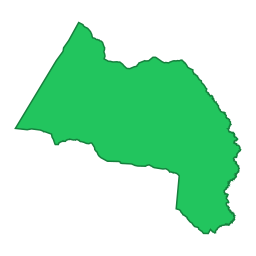 Bia East, Western, Ghana
{"feature_id": "2480657B75704309897075", "entity_name": "Bia East", "entity_type": "district", "adm_level": 2, "iso_a3": "GHA", "parent_name": "Ghana", "parent_adm1": "Western", "projection": "mercator", "projection_center": [-2.892, 6.825], "detail": "fine", "context": "isolated", "style": "filled", "palette": "green", "viewbox_px": 256, "rotation_deg": 0, "n_neighbors": 0, "source": "geoboundaries", "source_scale": "gbopen_adm2", "svg_char_len": 5940}
<svg xmlns="http://www.w3.org/2000/svg" viewBox="0 0 256 256"><path d="M224.8,112.7L223.8,112.2L223.2,112.5L220.8,111.5L220.2,110.6L220.1,109.8L219.6,109.7L219.7,109.3L218.8,108.5L218.8,107.9L218.3,107.1L218.5,105.9L217.4,104.8L217.4,104.2L216.8,104.0L216.6,103.4L216.2,103.2L216.0,102.0L215.4,102.3L214.2,101.5L214.3,101.0L214.0,100.2L213.6,100.0L213.6,99.5L213.2,99.6L212.5,99.1L212.3,98.6L213.3,98.4L212.6,97.4L212.6,96.4L211.9,95.8L211.1,95.9L211.0,95.6L210.4,96.0L210.4,95.8L209.6,95.4L209.3,94.5L208.2,94.1L208.2,93.6L208.6,93.4L208.4,92.9L206.3,91.7L206.1,90.5L206.6,89.8L206.6,88.6L205.6,88.0L205.0,86.6L203.4,84.3L202.1,83.4L201.4,82.0L201.3,80.8L199.2,79.6L198.6,78.3L197.7,77.3L197.5,76.1L196.4,75.7L196.1,75.1L195.2,74.6L194.8,74.0L193.7,73.9L193.5,72.5L192.7,71.6L192.9,69.9L190.2,68.7L187.8,67.4L186.5,65.0L185.0,62.9L184.3,62.9L184.0,62.0L183.1,61.2L182.0,60.6L182.0,60.2L181.0,60.1L179.3,60.8L177.5,60.6L175.9,61.0L175.0,60.8L173.2,60.9L169.7,62.2L168.7,62.9L165.8,62.5L164.3,62.8L162.0,61.7L156.3,57.7L155.5,57.3L152.9,57.3L148.7,60.8L145.7,61.0L144.8,60.7L138.9,63.0L138.1,64.4L137.2,65.2L136.7,66.3L134.2,66.8L129.9,68.6L130.1,68.7L126.7,68.4L123.9,65.8L122.7,64.3L119.9,62.1L118.0,62.1L117.2,61.8L113.0,62.0L110.2,61.3L108.5,61.3L104.1,58.9L105.0,56.2L104.6,53.9L103.8,51.9L104.5,49.6L104.6,47.6L104.1,47.0L102.5,42.4L101.1,41.1L100.1,41.0L99.1,40.0L98.5,40.1L97.5,39.5L96.6,39.6L95.7,39.1L94.8,38.3L92.8,37.9L92.2,36.8L91.7,34.4L90.4,31.5L88.5,29.3L87.6,28.3L84.5,26.8L83.2,25.5L83.0,24.7L78.7,22.5L68.7,40.6L63.6,47.8L63.1,51.3L56.2,60.8L15.4,128.4L27.2,129.7L31.5,128.9L40.2,130.0L42.9,131.0L43.5,131.7L44.9,131.7L51.5,134.1L52.1,137.2L53.4,139.4L54.9,143.9L55.3,144.5L58.3,144.5L58.9,142.9L59.5,142.7L60.7,141.8L61.8,141.6L63.0,140.8L63.3,141.3L65.4,141.3L66.5,140.0L67.1,140.0L67.9,139.5L69.3,139.5L69.5,139.1L73.5,140.0L74.6,139.8L75.6,140.1L76.1,139.5L77.3,139.5L78.4,140.2L79.3,140.3L79.4,140.9L80.5,141.6L81.4,141.6L84.6,142.5L85.2,143.0L85.6,143.0L86.4,143.4L88.9,143.7L90.6,142.9L91.8,143.1L94.5,147.4L94.8,149.6L96.2,151.4L97.1,152.1L98.0,154.5L98.9,155.9L100.8,157.6L107.4,161.2L118.9,161.5L120.1,161.9L120.5,163.0L121.8,163.4L131.5,163.9L134.9,165.4L137.7,166.0L145.7,166.2L146.4,165.5L149.3,164.8L150.5,165.7L152.0,166.3L152.6,166.9L154.1,167.6L163.0,169.0L165.6,168.7L166.3,168.9L168.6,170.4L169.7,172.1L170.9,171.9L172.4,172.4L173.2,172.9L173.5,172.5L176.4,173.3L177.6,174.1L179.0,175.5L179.2,176.0L176.2,208.8L179.5,209.8L180.4,210.7L181.3,212.5L182.2,213.3L183.1,214.9L184.1,215.2L187.2,217.5L187.2,218.4L189.9,221.7L192.0,223.1L193.0,224.7L194.1,226.0L194.8,226.6L197.7,227.3L198.4,227.7L198.7,229.1L200.9,230.8L201.8,231.2L203.5,233.4L208.2,233.5L210.5,229.4L212.7,231.9L213.3,231.9L214.7,232.9L215.1,232.5L215.5,232.6L215.5,231.3L216.2,230.0L216.6,229.5L217.1,229.5L217.5,228.3L218.4,227.5L218.7,227.5L219.8,226.1L220.5,226.1L220.8,226.3L221.0,225.9L221.3,226.0L221.8,225.4L225.1,225.0L225.4,224.3L225.9,224.6L225.9,224.2L226.4,224.4L226.5,224.8L227.1,224.7L227.6,224.9L227.5,224.3L228.6,225.0L229.2,224.8L228.9,224.1L229.2,224.4L229.4,223.6L230.0,223.7L230.9,222.6L232.2,222.7L232.2,221.8L231.7,221.5L232.1,221.4L232.2,221.0L233.2,221.0L233.2,220.7L232.8,220.8L232.9,220.3L233.8,219.8L234.3,219.9L234.5,219.4L233.8,219.0L234.1,218.8L234.6,217.0L233.8,216.5L233.7,215.6L234.0,215.5L233.7,215.4L233.5,214.7L233.9,214.6L233.6,214.2L233.7,213.5L233.1,213.4L232.8,212.7L232.4,213.0L232.5,212.6L231.9,212.4L231.5,212.7L231.3,212.4L230.9,212.4L230.7,212.1L230.8,211.7L230.5,211.8L230.5,211.4L230.1,211.5L229.8,210.9L230.4,210.7L230.1,210.2L229.6,210.5L228.9,209.9L229.1,209.7L228.4,208.9L228.4,208.6L228.7,208.6L228.4,207.7L228.9,208.1L229.1,207.6L228.4,207.0L228.2,206.3L226.9,205.9L226.6,205.2L226.2,203.6L226.3,203.0L227.0,202.6L228.2,202.8L228.7,202.3L227.9,200.5L226.3,198.6L226.6,197.5L226.5,196.7L227.2,196.6L227.0,196.1L227.4,196.1L228.0,194.6L226.9,194.0L225.6,194.1L225.6,193.7L224.9,193.7L225.1,193.2L224.1,192.2L224.4,191.2L224.2,190.4L226.2,189.1L226.4,188.7L226.0,188.1L226.3,187.7L226.9,187.8L227.1,187.3L227.5,187.3L227.3,187.0L227.7,186.0L227.9,186.0L228.0,185.7L228.8,185.6L228.6,185.4L228.9,185.1L228.1,183.5L228.4,183.1L228.3,182.5L228.8,182.8L228.6,182.4L228.9,182.5L229.0,182.2L229.5,182.2L229.2,181.4L229.6,181.1L230.1,181.2L230.5,180.6L230.5,180.1L232.2,180.4L232.0,180.0L232.2,179.4L232.6,179.2L233.0,179.3L233.1,179.0L233.7,179.1L233.6,178.9L233.9,178.6L234.1,178.9L234.3,178.3L234.9,178.2L235.1,177.3L235.9,177.2L236.3,176.5L235.5,175.6L235.9,175.7L235.9,175.3L236.2,175.0L235.6,173.9L236.1,174.0L236.7,173.7L236.6,173.4L237.2,173.1L237.9,171.6L238.5,171.9L238.8,170.6L238.5,169.3L239.1,168.6L238.7,168.1L238.7,167.0L238.1,166.6L238.3,166.1L238.0,166.1L238.0,165.7L236.6,164.3L236.6,163.9L235.9,163.6L236.3,163.3L236.3,162.6L235.8,162.5L235.9,161.8L235.4,161.8L234.7,161.0L233.9,160.8L233.8,160.4L234.2,159.5L233.5,158.8L234.3,157.4L235.3,157.0L235.7,157.4L236.1,157.0L236.5,157.2L237.1,154.9L236.7,154.5L237.1,153.6L237.9,152.9L238.0,152.4L239.2,151.5L239.0,151.0L240.2,150.7L240.6,149.5L239.5,148.5L239.9,147.6L239.3,146.2L238.1,145.2L236.7,145.2L236.6,143.8L235.8,143.6L235.6,143.9L234.1,143.1L234.4,142.8L234.0,142.5L234.1,142.2L234.5,142.4L234.6,142.1L234.2,141.3L234.3,141.1L235.1,140.5L235.7,140.7L236.3,140.0L236.6,140.4L237.6,139.1L235.9,137.2L235.4,137.0L234.8,137.1L234.7,136.7L234.3,136.6L234.0,135.7L234.6,135.3L234.6,134.6L234.4,134.3L234.0,134.2L234.2,133.5L233.4,133.3L233.6,133.1L233.2,132.5L232.8,132.7L232.0,132.3L231.5,132.7L230.5,131.9L229.8,132.1L229.6,131.6L229.0,131.7L228.8,131.4L228.4,129.0L228.0,128.8L229.0,128.5L229.3,127.9L229.0,127.4L229.0,127.0L229.9,126.0L229.6,125.3L230.8,124.7L231.0,124.4L230.3,123.8L230.4,121.9L229.3,120.8L229.5,119.8L228.2,118.7L226.8,118.3L226.9,117.9L226.0,117.3L226.2,115.5L225.3,114.7L225.4,114.1L224.9,113.7L224.5,113.8L224.2,113.4L224.3,113.1L224.8,112.7Z" fill="#22c55e" stroke="#15803d" stroke-width="1.5"/></svg>